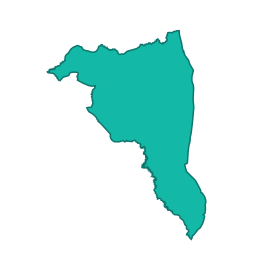 Ban Phue, Udon Thani, Thailand, rotated 187°
{"feature_id": "78962969B51412577639732", "entity_name": "Ban Phue", "entity_type": "district", "adm_level": 2, "iso_a3": "THA", "parent_name": "Thailand", "parent_adm1": "Udon Thani", "projection": "mercator", "projection_center": [102.531, 17.723], "detail": "fine", "context": "isolated", "style": "filled", "palette": "teal", "viewbox_px": 256, "rotation_deg": 187, "n_neighbors": 0, "source": "geoboundaries", "source_scale": "gbopen_adm2", "svg_char_len": 5798}
<svg xmlns="http://www.w3.org/2000/svg" viewBox="0 0 256 256"><g transform="rotate(187 128 128)"><path d="M79.0,52.3L78.4,51.3L76.1,51.6L75.2,51.1L74.9,50.4L74.0,50.8L73.6,49.3L71.4,47.7L68.5,47.8L66.7,47.4L65.7,46.6L65.3,45.1L61.7,42.8L59.7,38.9L58.5,38.3L57.8,37.6L57.9,36.1L57.5,34.9L56.7,34.7L55.1,33.5L55.5,31.9L56.8,30.0L56.8,29.1L54.6,29.0L54.8,28.2L54.0,27.7L53.6,26.7L51.6,25.2L51.0,27.0L51.0,28.8L49.8,29.7L46.0,36.0L44.2,37.7L42.5,41.7L41.7,45.0L41.2,49.6L41.3,50.0L42.8,51.3L41.2,52.5L41.2,56.5L42.0,61.4L41.7,64.1L42.3,66.4L43.5,69.0L46.3,72.4L47.9,72.8L48.2,74.8L52.7,81.5L55.0,84.4L65.0,92.2L65.3,93.9L66.1,95.0L66.4,96.6L67.3,98.2L67.4,98.8L65.1,100.0L64.8,100.7L65.5,112.6L65.4,118.3L64.8,122.6L65.1,126.0L64.7,130.9L64.7,140.8L65.2,156.5L66.9,164.3L67.7,175.4L68.3,178.0L70.4,182.7L70.8,186.8L70.1,193.2L74.4,198.8L76.1,202.5L80.7,207.4L81.0,208.9L81.7,209.5L81.8,210.3L82.5,210.3L82.2,211.4L83.3,212.5L84.0,214.5L85.3,219.2L88.1,226.2L89.1,230.8L91.1,230.6L93.0,229.6L94.5,229.3L95.3,228.1L98.9,227.8L100.1,227.3L100.6,224.4L100.3,224.3L101.2,222.4L101.0,221.7L100.0,221.1L100.2,218.8L101.1,218.7L101.9,217.0L103.8,216.8L103.8,215.7L107.4,216.7L107.6,217.7L107.3,218.2L108.7,219.2L108.7,219.8L109.4,219.9L110.0,219.1L110.5,219.1L110.5,217.6L111.4,217.6L112.6,215.7L114.0,215.5L114.4,214.7L115.3,213.9L116.0,214.9L117.7,215.0L118.0,214.1L119.6,213.7L120.4,213.0L121.1,213.2L121.9,211.7L123.0,211.8L123.4,212.4L124.1,212.7L124.6,212.3L125.3,212.5L125.4,212.2L125.9,212.2L126.2,210.6L126.7,210.1L126.8,209.5L127.8,209.1L128.8,208.0L138.2,204.0L141.3,200.7L143.2,200.8L145.1,200.0L146.1,200.2L146.7,200.7L147.7,202.7L148.6,203.1L148.8,203.6L149.9,203.8L150.7,204.7L151.3,204.2L152.5,204.5L152.5,204.0L152.9,203.7L153.5,203.8L154.1,203.4L154.6,203.7L155.8,203.0L156.3,203.2L156.3,203.5L157.0,203.6L157.6,204.4L158.5,204.5L158.6,205.0L158.9,204.6L160.0,204.9L160.1,205.4L160.8,205.5L161.1,206.2L161.8,206.2L162.1,205.8L163.1,206.3L163.4,207.3L164.0,207.5L164.7,207.4L165.8,205.9L166.6,205.8L167.1,204.7L167.5,202.6L168.4,201.0L169.6,199.8L171.1,199.1L173.9,198.9L176.6,199.5L180.1,199.8L182.1,200.4L183.8,202.7L185.8,203.0L187.6,203.7L188.5,203.6L192.2,201.4L194.4,199.2L195.6,196.5L196.4,195.5L196.5,194.4L197.5,194.0L198.7,192.4L199.1,190.4L198.8,189.9L199.0,188.2L198.6,188.1L198.7,187.5L199.7,186.2L200.5,186.0L200.3,185.8L200.8,185.1L201.1,185.1L201.0,184.8L202.4,184.3L202.3,183.8L202.9,183.8L202.9,182.4L203.3,181.7L204.3,181.0L204.9,181.2L207.0,179.8L207.6,179.9L207.8,179.1L207.5,179.0L207.5,178.2L207.8,177.6L208.5,177.6L208.6,177.3L208.8,177.5L208.8,177.2L209.3,177.4L209.6,177.1L209.9,177.4L210.4,176.7L211.1,176.5L211.6,177.2L212.2,176.5L211.9,176.2L212.7,175.9L213.1,176.2L213.4,175.3L213.1,174.9L212.9,175.1L213.0,174.6L213.4,174.7L213.8,174.1L214.8,174.1L214.6,173.4L213.5,173.1L209.4,173.2L207.7,172.6L206.0,170.7L205.6,170.8L204.7,170.0L204.7,169.5L204.2,169.4L204.2,168.6L203.4,168.1L202.8,167.1L201.2,166.7L198.6,170.5L193.4,172.8L192.9,173.5L192.8,174.9L191.6,176.1L189.1,176.8L185.3,177.1L184.3,176.6L184.0,175.1L184.9,173.3L184.3,172.6L184.5,171.9L183.8,171.1L184.0,169.3L177.8,166.9L171.9,165.3L169.0,165.1L165.5,166.0L165.4,165.6L166.0,164.8L165.9,163.4L167.7,161.5L167.8,160.5L167.6,160.0L167.9,159.8L167.5,158.9L168.1,158.3L167.7,157.7L168.1,157.4L167.8,156.9L168.1,156.7L167.7,156.6L167.5,155.6L168.0,154.3L166.9,152.9L167.0,151.3L166.5,150.8L165.8,148.0L167.1,144.0L169.6,143.7L171.3,143.0L169.5,140.2L168.6,139.3L165.0,137.8L161.3,135.2L160.1,133.7L159.5,132.5L158.2,131.8L158.4,130.8L156.1,129.6L145.4,120.4L144.5,119.4L144.7,117.9L143.9,115.6L142.4,114.0L140.9,113.1L139.3,112.7L135.2,113.2L131.4,114.8L129.6,113.9L128.7,114.2L127.9,115.5L127.2,114.9L122.3,115.0L121.9,115.8L119.5,116.6L118.6,116.0L118.5,115.4L116.8,114.6L116.4,114.1L115.8,114.5L113.4,113.4L113.7,112.9L113.5,110.8L112.4,109.6L111.5,109.8L111.5,110.5L110.9,110.4L110.7,111.1L110.2,111.0L109.8,111.3L109.7,110.9L109.5,111.2L108.9,110.9L108.8,110.5L109.2,110.3L108.6,110.0L108.5,108.9L108.8,108.5L108.0,108.0L108.0,107.0L108.8,106.6L108.5,106.1L108.8,105.4L109.2,105.8L109.4,105.0L110.1,104.8L109.0,104.8L109.1,104.1L108.5,104.1L108.8,104.4L108.3,104.6L108.3,104.2L107.8,104.1L107.9,103.8L106.9,103.4L107.0,103.0L106.5,102.5L107.1,102.2L106.8,101.0L106.0,100.7L105.6,101.3L105.9,101.6L105.4,101.7L105.0,100.3L105.5,100.3L105.7,99.8L106.1,100.1L105.9,99.9L106.5,99.1L105.5,99.0L106.0,98.3L105.7,97.8L106.1,97.4L106.7,97.6L106.6,96.8L107.0,96.2L106.0,95.4L106.9,94.8L106.9,94.2L107.2,94.7L108.2,94.8L108.2,94.3L107.6,94.1L108.4,93.6L108.1,93.0L108.8,93.0L108.9,92.6L108.4,92.2L109.1,92.1L109.3,92.4L109.4,90.8L109.0,90.7L108.5,91.1L108.2,90.3L107.6,90.6L107.2,90.4L106.8,90.9L106.7,90.5L106.2,90.4L104.7,91.2L104.3,90.6L104.0,90.9L103.6,90.4L103.5,90.9L103.2,90.2L102.9,90.4L102.9,89.8L102.5,89.7L103.0,89.3L102.7,89.4L102.7,89.0L101.7,88.7L101.1,88.9L101.4,88.3L100.8,88.5L100.3,87.1L99.2,87.3L99.3,86.7L98.8,86.6L99.0,86.3L98.2,86.1L97.8,85.5L98.4,84.6L98.2,83.6L97.8,83.5L98.1,83.1L97.2,83.4L96.6,82.9L96.8,82.4L96.0,82.4L96.0,82.7L95.3,82.1L95.0,82.3L94.6,82.1L94.5,81.4L94.0,81.0L94.6,80.9L94.3,80.4L94.9,80.6L95.2,80.3L94.7,79.8L95.4,79.8L94.9,79.3L95.7,78.8L95.1,78.6L95.7,77.7L95.0,77.2L95.3,76.8L94.7,76.3L94.8,75.1L92.9,74.2L93.9,73.4L93.1,72.8L93.0,72.2L93.9,71.7L94.6,69.5L93.1,67.7L92.9,66.7L91.7,65.8L91.4,64.6L90.9,64.4L90.8,63.8L90.9,62.8L90.2,62.2L89.8,62.3L89.9,61.2L88.6,61.9L87.4,62.0L86.6,61.5L86.4,60.4L84.9,60.1L84.5,59.3L83.9,59.2L83.6,58.8L82.8,59.1L82.9,58.3L82.5,58.3L82.2,57.9L81.8,58.1L81.5,57.6L81.8,56.6L82.6,56.5L82.5,55.7L82.1,55.3L82.3,54.8L81.8,54.6L81.6,54.0L80.5,54.3L80.7,53.7L80.4,53.4L79.8,53.7L80.0,54.5L79.4,54.2L79.1,54.4L78.8,53.8L79.2,53.7L79.1,53.3L78.8,53.3L78.5,52.6L79.0,52.3Z" fill="#14b8a6" stroke="#0f766e" stroke-width="1.5"/></g></svg>